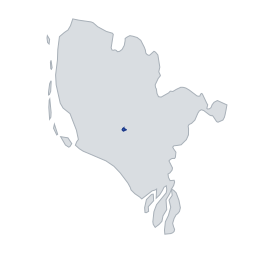 location of Laren, Noord-Holland, Netherlands, rotated 279°
{"feature_id": "6326949B16072016096330", "entity_name": "Laren", "entity_type": "district", "adm_level": 2, "iso_a3": "NLD", "parent_name": "Netherlands", "parent_adm1": "Noord-Holland", "projection": "robinson", "projection_center": [5.227, 52.243], "detail": "fine", "context": "in_parent", "style": "filled", "palette": "blue", "viewbox_px": 256, "rotation_deg": 279, "n_neighbors": 0, "source": "geoboundaries", "source_scale": "gbopen_adm2", "svg_char_len": 3506}
<svg xmlns="http://www.w3.org/2000/svg" viewBox="0 0 256 256"><g transform="rotate(279 128 128)"><path d="M166.3,222.1L161.0,222.0L156.1,221.8L153.5,221.5L150.7,220.5L149.4,218.5L147.8,216.0L148.2,214.5L152.9,210.2L153.6,209.0L153.1,208.4L153.6,206.5L157.1,200.1L157.5,197.5L155.9,195.7L153.6,194.7L146.2,192.8L142.6,190.1L141.0,187.8L139.3,187.1L136.9,187.9L130.7,188.8L125.7,187.5L119.7,183.1L118.4,179.1L117.6,176.1L116.1,175.1L114.2,176.6L111.6,179.1L106.6,179.4L105.2,178.8L105.0,177.4L104.7,176.1L103.3,174.5L101.9,173.6L95.5,178.2L93.2,178.1L90.2,176.4L88.8,174.7L85.5,175.7L82.6,177.8L83.6,181.7L82.0,182.5L78.4,182.1L74.4,180.5L69.8,179.5L63.0,176.8L53.4,179.0L46.7,176.3L41.2,176.1L37.8,173.9L34.1,170.4L36.8,168.0L39.3,167.2L49.4,166.7L56.8,168.2L70.0,175.9L73.3,175.9L76.9,174.9L75.1,172.8L71.8,171.8L66.9,169.7L63.0,166.8L72.2,165.8L70.9,164.3L69.7,161.7L60.1,152.7L61.7,150.3L64.2,145.0L67.3,140.7L69.7,139.5L73.7,136.4L82.4,127.4L88.0,120.1L92.1,111.3L98.1,87.3L99.9,83.2L102.8,78.7L106.4,79.5L108.9,80.8L117.8,77.4L133.1,68.5L137.5,60.8L141.9,57.2L159.4,50.3L169.0,48.2L183.9,47.7L194.6,46.4L207.5,46.0L212.5,50.3L215.4,53.4L220.0,55.2L227.1,56.4L226.8,62.6L227.0,74.9L226.5,77.1L223.3,82.2L220.0,91.5L219.2,97.7L218.2,98.8L204.6,98.8L202.6,99.9L202.4,101.2L203.1,102.8L202.8,104.3L201.7,105.6L202.3,107.6L204.7,109.9L209.0,111.4L213.6,111.5L216.0,111.2L217.7,112.9L219.5,115.4L219.4,118.6L218.8,122.9L216.6,126.9L210.4,131.4L207.6,133.0L204.9,133.8L203.7,135.1L203.1,136.6L203.2,137.9L207.8,141.6L207.7,142.4L206.4,144.3L204.7,146.1L193.1,149.9L188.3,149.6L185.6,151.4L184.7,151.8L181.7,150.1L174.9,148.1L172.4,148.8L171.0,149.9L166.7,151.2L163.7,153.2L163.7,155.9L169.1,162.7L171.0,164.0L171.1,166.6L173.8,169.8L176.5,173.8L176.8,176.3L176.5,178.9L175.1,182.5L170.5,191.1L170.4,192.7L170.8,194.0L172.4,194.3L173.6,195.0L173.3,196.1L164.5,202.1L163.4,203.1L159.7,202.8L159.2,203.8L159.7,205.4L161.1,206.8L164.2,207.5L166.9,209.0L169.1,212.0L166.3,222.1ZM74.4,180.5L73.6,182.9L71.5,185.7L64.6,189.6L57.4,192.2L53.7,191.9L51.2,190.5L49.8,189.1L46.0,187.7L40.8,187.0L37.5,188.5L35.1,189.9L33.0,189.7L31.5,188.5L30.4,186.7L28.9,181.0L32.8,180.0L41.3,179.6L47.9,181.6L56.5,182.6L63.2,179.8L68.4,182.2L74.4,180.5ZM60.2,157.4L65.2,160.9L66.3,162.1L66.6,163.3L60.2,164.7L53.4,160.3L48.9,161.4L47.2,159.3L47.2,158.0L51.9,156.9L60.2,157.4ZM108.9,70.2L103.8,74.9L100.7,73.6L99.8,72.5L101.4,68.9L108.9,62.8L108.9,70.2ZM131.4,49.6L126.6,50.1L124.4,49.2L135.9,46.6L143.2,45.8L144.5,46.2L131.4,49.6ZM162.2,44.8L152.1,45.9L148.7,45.1L148.2,44.3L150.9,43.9L159.5,43.7L162.2,44.4L162.2,44.8ZM120.3,54.7L110.8,59.5L110.0,58.7L116.1,54.5L120.3,54.7ZM203.3,36.7L198.6,36.9L199.9,35.2L204.3,33.9L206.6,33.9L203.3,36.7ZM182.8,41.4L175.7,43.6L174.0,43.2L174.4,42.5L180.7,41.1L182.8,41.4Z" fill="#d9dde1" stroke="#a8b0b8" stroke-width="1"/><path d="M126.2,125.6L126.2,125.4L126.3,125.3L126.3,125.2L126.5,125.0L126.5,124.9L126.6,124.7L126.8,124.5L126.8,124.4L126.9,124.2L127.0,124.1L127.1,123.9L127.2,123.7L127.3,123.7L127.2,123.6L127.0,123.4L126.9,123.3L126.8,123.2L126.7,123.2L126.5,122.9L126.4,122.9L126.3,122.7L126.2,122.5L126.2,122.4L126.2,122.5L125.9,122.6L125.7,122.7L125.6,122.8L125.4,122.9L125.2,122.8L124.9,123.1L124.7,123.5L124.5,123.8L124.4,124.1L124.5,124.2L124.6,124.3L124.8,124.4L124.9,124.5L125.0,124.8L125.1,125.0L125.3,125.3L125.5,125.6L125.6,125.8L125.7,126.0L125.9,126.3L126.0,126.3L126.0,126.2L126.1,125.9L126.1,125.7L126.2,125.6Z" fill="#3b82f6" stroke="#1e3a8a" stroke-width="1.5"/></g></svg>